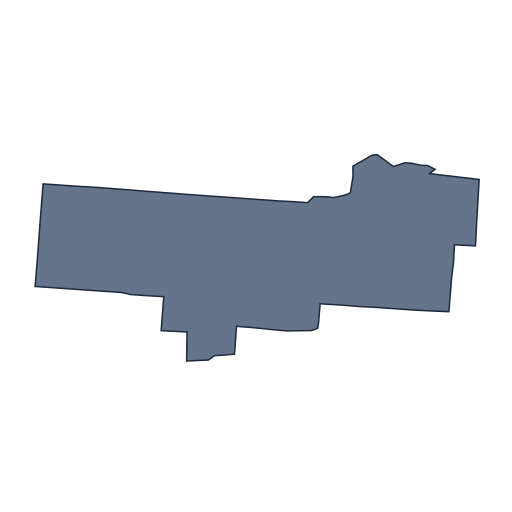 the district of Carlos Barbosa, Rio Grande do Sul, Brazil, rotated 184°
{"feature_id": "56859067B11809989426200", "entity_name": "Carlos Barbosa", "entity_type": "district", "adm_level": 2, "iso_a3": "BRA", "parent_name": "Brazil", "parent_adm1": "Rio Grande do Sul", "projection": "mercator", "projection_center": [-51.517, -29.318], "detail": "fine", "context": "isolated", "style": "filled", "palette": "slate", "viewbox_px": 512, "rotation_deg": 184, "n_neighbors": 0, "source": "geoboundaries", "source_scale": "gbopen_adm2", "svg_char_len": 1058}
<svg xmlns="http://www.w3.org/2000/svg" viewBox="0 0 512 512"><g transform="rotate(184 256 256)"><path d="M473.7,281.4L473.9,237.4L474.2,210.2L434.0,210.2L424.9,210.2L387.7,210.2L378.1,208.8L360.8,208.8L345.2,209.0L345.4,174.9L319.5,175.4L317.9,146.4L296.3,148.9L290.4,153.7L278.5,155.3L270.6,156.6L270.5,173.0L270.6,179.3L270.5,184.6L266.2,184.4L258.2,184.4L246.1,184.1L233.6,183.7L220.2,183.4L195.3,185.5L189.4,188.2L188.9,194.1L188.7,212.8L168.2,213.0L148.6,212.8L140.7,213.0L131.6,213.1L118.3,213.1L103.2,213.1L91.9,213.1L69.8,213.6L59.7,213.9L59.3,249.1L58.5,263.9L58.8,281.0L37.8,281.4L38.3,310.7L38.7,347.9L88.6,350.3L83.4,355.0L91.4,358.3L97.8,358.0L107.6,359.4L113.9,359.4L125.1,354.8L142.1,365.6L147.2,364.7L165.6,352.4L164.8,342.2L166.3,325.6L170.3,323.5L176.4,321.4L183.1,319.7L188.7,320.0L196.2,319.7L202.7,319.2L208.3,312.8L216.0,312.8L225.3,312.8L237.0,312.5L277.4,312.6L283.9,312.6L319.6,312.6L349.2,312.8L377.4,313.0L409.6,313.3L421.2,313.3L442.0,313.1L473.4,313.1L473.7,281.4Z" fill="#64748b" stroke="#1e293b" stroke-width="1.5"/></g></svg>